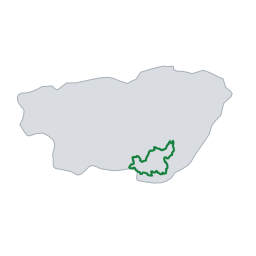 Lunana, Gasa, Bhutan (highlighted), rotated 174°
{"feature_id": "84629894B27866882347456", "entity_name": "Lunana", "entity_type": "district", "adm_level": 2, "iso_a3": "BTN", "parent_name": "Bhutan", "parent_adm1": "Gasa", "projection": "orthographic", "projection_center": [90.007, 27.974], "detail": "fine", "context": "in_parent", "style": "outline", "palette": "green", "viewbox_px": 256, "rotation_deg": 174, "n_neighbors": 0, "source": "geoboundaries", "source_scale": "gbopen_adm2", "svg_char_len": 6045}
<svg xmlns="http://www.w3.org/2000/svg" viewBox="0 0 256 256"><g transform="rotate(174 128 128)"><path d="M205.8,109.0L205.4,110.7L203.7,115.0L202.6,119.8L203.6,123.7L207.7,128.2L213.2,131.8L220.1,132.0L226.5,130.5L229.1,131.0L232.6,137.1L235.2,142.4L231.9,148.0L230.2,152.8L229.5,156.3L230.0,157.8L232.1,160.5L234.6,165.2L235.0,169.5L233.5,172.4L230.2,173.9L226.7,173.6L223.8,173.7L220.2,174.2L214.5,175.9L209.3,178.1L199.3,177.8L195.3,173.6L193.5,173.6L184.5,179.2L174.7,178.3L156.8,180.3L149.3,180.8L141.6,180.3L137.7,179.1L130.5,175.2L124.0,172.4L117.3,175.0L115.0,175.5L109.6,182.2L98.1,184.4L86.5,186.0L83.1,185.1L76.6,184.7L76.4,183.1L76.6,181.6L75.1,180.4L72.4,179.1L67.9,178.6L62.1,176.9L58.8,175.3L46.9,177.6L40.0,174.0L32.3,169.1L28.3,166.9L26.9,159.4L25.6,157.0L22.5,154.4L20.8,151.4L22.3,148.4L30.1,142.7L30.7,141.4L34.4,130.8L39.4,126.9L44.4,121.6L48.1,113.1L55.4,104.3L63.3,95.3L68.7,88.0L72.3,84.6L79.6,81.0L85.8,78.8L90.1,73.9L95.2,71.2L100.5,70.0L108.4,70.6L115.7,72.4L123.8,74.8L124.8,76.8L124.1,80.3L122.9,83.8L122.9,85.6L124.2,86.6L132.1,87.3L141.8,86.7L147.2,87.1L159.4,90.3L163.0,92.6L166.7,94.3L170.3,94.0L174.9,90.2L179.7,86.9L182.7,86.4L184.8,87.4L188.7,90.4L196.8,93.2L204.0,95.2L206.3,97.3L205.6,106.1L205.8,109.0Z" fill="#d9dde1" stroke="#a8b0b8" stroke-width="1"/><path d="M84.6,110.4L84.8,110.3L85.1,110.2L85.4,109.6L85.5,109.6L85.7,109.2L85.9,108.8L86.4,108.5L86.5,108.4L86.8,108.8L87.2,109.0L87.4,109.2L87.5,109.5L87.7,110.1L87.9,109.8L88.1,109.7L88.4,109.5L88.6,109.5L88.7,109.4L88.8,109.2L88.9,108.9L89.1,108.5L89.1,108.2L89.3,108.0L89.3,107.9L89.5,107.9L89.8,107.6L90.1,107.6L90.2,107.4L90.2,107.1L90.4,106.8L90.6,106.6L91.1,106.5L91.3,106.3L91.4,105.7L91.6,105.5L91.7,105.1L91.8,104.8L91.9,104.7L92.2,104.4L92.2,104.2L92.3,103.9L92.4,103.7L92.7,103.6L93.0,103.5L93.1,103.4L93.5,103.1L93.8,103.1L94.3,102.9L94.4,103.0L94.6,103.0L95.1,103.1L95.3,103.0L95.3,102.8L95.4,102.7L95.5,102.8L95.8,102.6L96.1,102.5L96.4,102.3L96.5,102.3L96.8,102.7L97.0,102.8L97.2,102.6L97.5,102.7L97.6,102.8L98.0,103.1L98.2,103.3L98.7,103.6L98.7,103.9L98.8,103.9L99.1,104.1L99.5,104.1L100.0,104.2L100.2,104.4L100.5,104.6L101.0,104.8L101.4,104.8L101.5,104.9L101.7,105.0L102.2,105.2L102.4,105.3L102.5,105.5L102.5,105.8L102.9,105.8L103.2,106.0L103.7,106.0L103.9,106.1L104.0,105.7L103.9,105.3L104.1,105.1L104.1,104.8L104.0,104.7L104.0,104.2L103.9,104.0L104.1,103.5L104.2,103.3L104.5,103.2L104.6,103.3L105.1,103.2L105.4,103.1L105.6,103.1L105.9,102.9L106.3,103.0L106.5,102.8L107.0,102.8L107.3,103.0L107.6,103.1L107.8,103.3L108.2,103.3L108.6,102.9L108.7,102.7L109.0,102.5L109.2,102.2L109.4,102.2L109.7,101.8L109.7,101.6L109.7,101.4L109.8,101.1L110.1,100.9L110.2,100.1L110.3,99.9L110.5,99.7L110.8,99.3L110.8,99.2L111.0,99.1L111.1,98.9L111.2,98.7L111.5,98.3L111.6,98.0L111.9,97.8L112.0,97.5L112.4,97.2L112.4,96.8L112.7,96.5L113.1,95.8L113.3,95.5L113.4,95.3L113.3,95.0L113.4,94.8L113.5,94.6L113.5,94.3L113.5,94.0L113.6,93.9L113.8,93.7L114.1,93.7L114.3,93.6L114.9,93.6L115.1,93.6L115.9,93.6L116.1,93.5L116.4,93.4L116.6,93.2L117.0,93.0L117.1,92.9L117.6,92.9L117.8,92.9L118.0,93.1L118.1,93.5L118.7,93.7L119.1,94.1L119.2,94.4L119.3,94.5L119.2,94.8L119.1,95.1L118.9,95.6L119.1,95.7L119.2,95.9L119.3,96.3L119.7,97.3L120.1,97.6L120.2,97.8L120.2,98.0L120.3,98.4L120.4,98.5L120.9,98.5L121.0,98.6L121.3,98.8L121.5,99.1L121.8,99.2L122.3,99.1L122.6,98.6L122.9,98.2L123.2,98.1L124.1,98.4L124.5,98.7L124.8,98.6L125.0,98.3L125.3,98.2L125.5,98.2L125.7,98.3L125.8,98.5L126.1,98.6L126.3,98.5L126.6,98.1L126.7,97.9L126.7,97.7L126.5,97.0L126.4,96.7L126.5,96.2L126.5,95.9L126.4,95.6L126.1,95.1L126.0,94.9L126.1,94.7L126.4,94.3L126.4,94.2L126.1,93.9L125.9,93.2L125.9,92.5L125.9,92.1L126.0,92.0L126.3,91.8L126.5,91.6L127.3,91.4L127.5,91.4L128.1,91.5L128.5,91.6L128.8,91.5L129.0,91.3L129.2,90.7L129.4,90.4L129.5,90.2L130.1,90.0L130.3,89.9L130.7,88.9L130.9,88.6L130.7,88.4L130.4,88.0L130.2,87.9L129.9,87.9L128.7,87.4L128.0,87.6L127.7,87.3L127.4,87.2L127.2,87.2L127.0,87.7L126.7,87.8L126.0,88.0L125.7,87.8L125.4,87.6L125.2,87.1L125.1,86.7L125.1,86.4L124.8,85.6L124.7,85.3L124.3,85.0L124.1,84.7L123.7,84.6L123.4,84.1L123.0,83.5L122.6,83.3L121.5,83.2L121.2,83.0L120.9,82.7L120.8,82.3L120.7,82.1L120.5,81.1L120.1,80.9L119.5,81.0L119.3,80.9L118.9,81.0L118.0,82.1L116.8,82.0L115.7,81.6L114.5,81.2L114.1,80.9L113.5,80.6L113.5,80.4L113.7,80.2L113.6,79.8L113.3,79.5L113.2,79.3L112.9,79.1L112.4,79.0L111.9,78.6L111.4,78.5L110.9,78.5L110.5,78.2L109.2,78.3L109.6,79.4L109.6,79.6L109.4,79.8L109.2,80.3L109.1,80.5L109.2,80.9L109.3,81.1L109.5,81.3L109.6,82.1L109.4,82.3L108.8,82.4L108.1,82.2L107.7,81.8L107.4,81.3L107.2,81.1L106.4,81.1L106.0,81.1L105.6,81.0L105.4,81.0L105.1,81.3L104.8,81.9L104.3,82.3L103.9,82.1L103.5,81.8L103.3,81.5L103.2,80.6L102.9,80.4L102.5,80.1L102.3,80.1L102.0,80.0L101.6,79.8L101.1,79.0L100.2,78.5L99.4,78.7L99.1,78.8L98.7,79.3L98.5,79.8L98.2,80.0L97.8,79.8L97.7,79.4L97.8,79.1L98.1,78.9L98.2,78.7L97.4,78.8L96.5,78.8L96.3,78.9L96.1,79.1L95.9,79.3L95.2,79.1L95.2,79.3L94.8,79.9L94.7,80.4L94.3,81.6L94.2,81.8L94.3,82.1L94.6,82.4L94.5,82.9L94.5,83.0L94.0,83.2L93.8,83.5L93.2,83.8L93.1,84.0L93.0,84.6L93.0,84.8L92.7,85.3L92.7,85.5L92.9,86.0L92.8,87.0L92.8,87.7L93.5,89.0L94.1,89.4L94.2,89.6L93.9,90.0L94.1,90.5L94.3,90.7L94.6,90.9L94.9,90.9L95.0,91.2L95.1,91.8L95.2,92.2L95.1,92.8L95.1,93.2L95.3,93.6L95.1,94.2L94.7,94.9L94.5,95.0L94.2,95.0L93.4,94.6L93.1,94.7L92.9,94.6L92.6,94.2L92.3,93.6L91.9,93.6L91.7,93.6L91.4,93.8L91.2,93.7L91.1,93.8L90.3,94.3L90.0,94.8L90.0,95.0L89.8,95.2L89.5,95.5L89.0,95.8L88.5,96.2L88.3,96.3L87.9,96.6L87.5,96.6L87.2,96.5L86.9,97.0L86.8,97.8L86.8,98.0L86.6,98.1L86.6,98.4L86.7,98.9L86.5,99.1L86.3,99.4L85.8,99.7L85.7,99.8L85.4,100.0L85.2,100.3L84.9,100.5L84.8,100.8L84.7,100.9L84.6,101.2L84.7,101.6L84.6,102.1L84.7,102.8L84.6,103.0L84.7,103.4L84.7,103.5L84.8,103.7L84.8,104.0L85.0,104.4L85.1,105.0L85.1,105.4L85.1,105.5L85.2,105.8L85.0,106.2L85.0,106.3L84.9,106.5L84.6,107.1L84.6,107.4L84.7,107.5L84.7,107.8L84.5,108.3L84.3,108.7L84.3,109.2L84.4,109.7L84.4,109.9L84.6,110.4Z" fill="none" stroke="#15803d" stroke-width="2"/></g></svg>